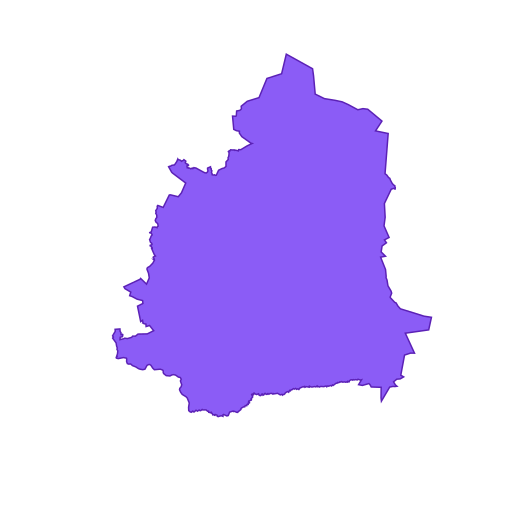 Ahuacuotzingo, Guerrero, Mexico, rotated 250°
{"feature_id": "50627088B95956729809463", "entity_name": "Ahuacuotzingo", "entity_type": "district", "adm_level": 2, "iso_a3": "MEX", "parent_name": "Mexico", "parent_adm1": "Guerrero", "projection": "robinson", "projection_center": [-98.997, 17.77], "detail": "fine", "context": "isolated", "style": "filled", "palette": "violet", "viewbox_px": 512, "rotation_deg": 250, "n_neighbors": 0, "source": "geoboundaries", "source_scale": "gbopen_adm2", "svg_char_len": 6119}
<svg xmlns="http://www.w3.org/2000/svg" viewBox="0 0 512 512"><g transform="rotate(250 256 256)"><path d="M138.4,399.9L142.0,393.3L157.0,373.6L160.5,372.2L164.0,371.6L165.0,370.5L170.9,368.0L171.5,368.0L174.7,370.8L176.9,370.9L182.9,369.8L188.6,370.9L191.2,370.8L192.5,371.4L199.0,373.1L212.3,372.7L211.5,377.6L217.0,375.0L222.3,377.9L223.8,383.1L227.2,382.2L227.9,387.4L240.5,386.6L248.2,390.6L261.4,394.6L272.5,405.9L272.4,408.6L271.8,409.4L270.8,409.4L272.7,410.3L273.7,410.2L274.6,410.5L275.8,409.5L277.8,408.8L281.2,408.3L283.2,408.3L284.4,407.4L287.3,406.6L289.2,405.4L325.9,422.1L332.7,411.1L339.7,420.5L355.7,411.2L357.9,406.9L358.6,401.7L366.7,394.5L371.4,389.7L375.2,383.6L380.5,374.1L387.9,367.0L405.6,371.7L412.6,373.2L435.3,353.5L418.5,342.4L419.1,327.0L403.8,313.0L404.4,300.7L401.8,293.3L399.4,292.7L398.6,291.4L398.4,290.4L398.9,287.4L394.8,285.6L394.2,284.9L395.5,281.8L382.6,278.4L380.5,280.4L378.9,283.1L377.2,282.4L373.0,283.5L363.8,289.8L363.1,290.8L362.5,285.2L361.1,278.1L361.9,276.1L360.8,275.4L362.5,272.9L362.4,272.3L363.3,271.7L363.3,271.0L364.5,268.4L363.7,267.5L364.0,267.1L363.8,266.1L363.5,265.7L362.6,266.1L361.0,265.5L358.9,264.4L358.0,263.4L356.2,262.9L354.7,260.0L350.4,258.4L349.6,256.2L349.8,254.1L349.4,250.2L345.5,246.3L345.7,245.4L346.5,244.8L346.5,244.1L347.3,242.6L348.3,242.9L349.6,242.7L351.2,243.7L352.0,243.4L353.6,243.8L354.3,243.4L355.4,243.7L355.2,240.6L354.4,240.2L352.9,240.1L351.8,239.5L351.0,237.9L351.6,236.5L352.8,235.3L359.4,229.5L359.5,228.8L360.3,227.9L359.7,226.6L360.5,226.1L360.2,225.6L360.4,224.3L361.3,223.7L361.7,222.6L362.4,222.4L362.4,221.6L364.2,221.9L364.6,222.6L364.2,223.4L364.4,223.7L365.7,223.2L366.3,222.2L367.8,221.4L369.1,222.5L371.2,221.2L370.6,220.0L370.7,219.2L370.4,218.5L372.1,217.5L373.2,215.8L373.9,215.7L371.8,213.8L369.5,210.6L370.0,207.7L369.6,206.3L369.9,205.3L369.8,204.4L363.6,205.4L362.5,205.9L348.6,214.9L340.8,207.5L338.3,203.2L342.7,196.6L343.0,195.4L333.4,185.4L337.1,181.0L336.6,180.2L334.6,179.6L332.9,177.3L331.2,177.1L330.5,176.4L328.4,176.7L326.2,176.0L325.2,174.5L323.9,173.5L322.3,173.5L320.0,174.7L317.6,174.3L317.1,173.0L316.5,172.7L317.8,171.0L318.4,168.7L314.5,165.8L314.4,164.2L314.0,164.2L313.6,165.1L312.3,165.6L311.4,165.6L310.5,164.2L308.4,162.4L308.0,161.7L305.2,161.5L303.6,162.3L302.6,162.3L302.2,161.9L302.3,160.3L301.8,160.0L301.1,160.7L299.0,161.3L298.6,161.1L298.8,160.5L292.0,160.9L290.4,161.5L290.2,159.2L289.8,158.9L288.0,159.4L287.2,159.2L287.5,158.7L286.8,159.1L284.6,156.6L282.6,152.5L282.3,150.5L281.8,149.5L280.8,149.0L276.5,149.1L271.9,148.2L267.0,143.5L274.4,139.9L273.8,139.1L272.2,121.3L270.1,121.7L264.9,126.0L261.9,123.7L260.3,125.7L256.1,129.5L252.9,134.2L250.1,133.5L249.4,127.5L233.8,125.2L234.4,127.4L232.0,127.0L231.8,126.7L230.6,127.7L229.7,129.3L227.3,128.6L227.1,132.2L220.8,134.3L220.0,127.2L223.0,118.4L221.9,115.3L222.9,112.7L222.1,111.3L222.4,106.9L223.7,104.5L223.5,103.4L223.9,99.6L226.1,100.6L225.9,102.9L227.5,103.9L228.0,103.8L228.3,102.3L230.3,102.9L231.5,102.5L234.0,103.2L235.3,98.5L233.4,98.0L230.0,93.9L228.6,94.3L227.9,93.2L222.2,94.8L219.0,94.2L217.2,94.2L215.7,93.4L214.2,93.7L211.5,92.4L209.1,90.5L209.0,90.8L208.4,89.9L207.8,89.9L206.7,91.4L205.9,96.7L204.3,99.3L203.5,99.3L201.1,98.3L198.9,98.3L198.0,99.3L197.4,101.3L195.3,102.4L192.9,105.1L190.3,107.1L189.3,108.3L187.9,110.7L187.6,112.9L190.5,116.2L190.7,117.9L190.4,119.0L189.2,119.9L186.0,120.6L183.9,121.6L182.4,127.3L180.7,129.3L179.6,129.5L178.5,129.0L177.1,129.0L174.3,130.7L172.7,134.1L173.0,136.4L172.7,138.0L171.6,139.7L168.8,141.6L167.7,143.3L165.7,143.6L164.7,142.4L164.1,142.2L160.5,142.2L158.8,141.0L157.7,139.1L156.5,138.4L153.8,138.6L151.2,139.3L147.7,142.1L146.2,142.8L140.7,143.0L136.9,140.9L133.7,139.9L132.3,140.6L131.3,141.7L131.9,143.4L131.6,143.8L131.0,143.8L130.6,144.6L131.6,146.9L130.2,147.9L130.7,149.9L129.8,150.5L129.6,151.1L130.2,152.9L129.6,153.2L128.5,156.4L126.7,157.4L126.4,158.3L125.3,158.1L124.6,159.2L124.4,160.4L123.8,160.1L123.1,161.0L121.5,161.0L121.3,162.3L120.5,162.5L120.3,162.9L120.9,163.3L120.9,163.7L119.6,165.0L118.6,164.8L118.0,165.5L117.8,168.7L116.6,170.1L118.1,170.7L118.2,171.3L115.6,174.0L115.9,174.5L115.6,175.4L118.3,177.8L118.1,181.5L117.5,181.7L117.4,182.6L115.7,184.4L115.3,185.3L115.6,185.6L116.9,189.3L117.8,189.7L118.1,190.4L118.5,192.9L118.1,193.8L119.1,194.7L118.5,196.1L119.5,196.7L119.2,197.9L120.3,198.2L120.2,199.6L120.6,199.8L121.6,199.2L122.1,199.5L122.2,202.3L122.5,202.6L123.4,202.5L124.7,204.7L127.4,204.6L127.5,205.1L126.5,205.7L126.4,206.1L126.8,206.5L127.5,206.4L127.9,207.3L126.6,208.1L125.6,209.2L125.7,211.3L124.2,211.3L123.3,212.2L123.3,213.0L124.3,214.5L124.0,215.0L122.8,214.9L122.8,215.8L123.8,217.1L123.8,217.6L122.5,218.2L122.2,219.2L122.7,219.6L122.7,220.2L121.7,220.8L122.0,222.2L121.4,224.0L120.6,224.4L120.4,225.0L120.7,225.4L120.2,226.1L119.6,229.3L117.2,231.3L117.1,233.0L116.2,233.4L116.6,233.9L116.3,234.9L116.6,235.9L117.0,236.2L117.7,238.0L117.7,239.5L116.8,240.1L118.2,241.6L117.5,242.2L118.3,243.4L118.0,244.1L118.6,245.8L117.8,246.5L118.0,248.0L116.8,248.5L116.9,249.9L115.9,250.6L116.9,252.1L117.1,255.6L116.7,255.9L116.8,257.1L115.9,257.1L116.0,258.7L114.6,261.0L115.2,261.1L115.5,261.6L114.4,262.6L113.7,263.8L113.3,266.4L112.5,267.5L113.0,269.0L112.1,269.1L111.9,270.2L111.2,270.7L111.3,272.3L110.0,275.1L110.0,276.7L109.6,277.6L108.9,277.8L109.3,278.5L109.3,279.2L108.8,279.7L108.8,281.7L108.5,282.3L108.0,282.6L108.7,283.8L108.0,284.3L109.1,287.9L108.7,288.6L109.2,289.6L108.8,289.9L108.7,291.0L109.1,291.9L108.5,292.6L108.7,293.6L107.8,294.3L107.4,296.2L106.8,296.9L106.7,298.0L106.4,298.3L106.8,299.1L106.1,299.3L106.3,300.0L106.0,300.6L106.7,300.9L107.2,302.6L106.9,303.8L106.4,304.1L106.6,305.1L106.0,305.6L105.8,307.3L104.9,308.8L105.3,309.7L103.7,311.7L103.6,312.8L100.0,308.4L98.0,311.7L97.5,318.5L96.2,319.1L93.5,319.5L89.8,328.7L80.0,325.0L76.7,324.2L87.1,336.8L86.6,340.1L85.8,341.9L85.4,343.9L87.2,342.9L90.7,342.2L92.1,346.2L91.2,349.4L91.9,353.4L94.5,351.3L112.1,361.7L111.9,367.9L110.5,371.7L132.4,369.9L127.5,393.0L138.4,399.9Z" fill="#8b5cf6" stroke="#5b21b6" stroke-width="1.5"/></g></svg>